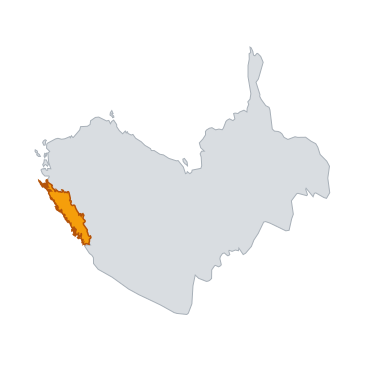 where Uusimaa sits in Finland, rotated 67°
{"feature_id": "FIN-3193", "entity_name": "Uusimaa", "entity_type": "Province", "adm_level": 1, "iso_a3": "FIN", "parent_name": "Finland", "parent_adm1": "", "projection": "robinson", "projection_center": [24.756, 60.321], "detail": "fine", "context": "in_parent", "style": "filled", "palette": "amber", "viewbox_px": 384, "rotation_deg": 67, "n_neighbors": 0, "source": "natural_earth", "source_scale": "10m", "svg_char_len": 9549}
<svg xmlns="http://www.w3.org/2000/svg" viewBox="0 0 384 384"><g transform="rotate(67 192 192)"><path d="M149.7,166.1L147.5,161.3L144.7,157.2L141.6,156.0L140.6,154.4L140.1,151.1L140.6,148.5L144.0,146.0L144.6,142.6L146.5,139.9L145.5,138.2L140.3,133.2L139.6,131.6L139.3,128.9L142.3,126.4L141.5,124.0L136.0,123.0L136.2,121.5L137.7,119.0L137.0,116.9L137.0,112.2L139.8,110.2L136.5,108.5L133.5,105.6L130.8,105.4L129.2,102.3L124.5,99.4L107.8,95.4L97.5,91.0L92.1,87.4L87.0,85.4L86.6,83.5L81.3,82.0L82.4,81.2L86.5,81.1L90.0,81.9L91.2,80.9L89.8,78.1L90.1,77.4L94.0,75.8L100.4,75.8L113.9,86.7L116.0,90.2L128.9,91.4L130.3,92.3L133.8,92.1L141.3,90.4L144.2,88.0L147.0,88.2L165.4,93.5L168.2,92.3L169.9,89.1L171.4,87.6L173.5,86.5L177.7,85.9L181.1,83.2L181.4,75.6L183.0,73.4L186.0,66.0L191.7,62.6L195.9,59.2L200.0,58.7L207.5,59.4L216.3,55.9L222.0,55.4L232.3,61.6L246.5,65.5L250.4,70.7L248.7,72.7L241.2,78.4L241.0,79.9L243.7,82.4L233.1,85.5L233.9,86.3L239.5,86.7L240.2,87.8L234.6,95.0L234.5,96.3L239.0,104.0L252.0,107.4L255.7,110.8L265.2,117.6L264.4,120.8L251.0,132.5L248.0,135.8L247.7,137.8L256.0,147.2L260.4,153.8L265.3,158.6L269.3,166.6L269.6,169.3L262.0,170.8L264.2,172.2L262.4,174.7L262.3,178.3L260.2,180.6L260.7,181.2L264.4,181.7L264.8,183.3L264.5,184.2L260.8,186.0L260.5,187.9L262.6,191.2L264.3,192.4L270.2,193.4L271.0,194.3L271.3,196.7L268.7,199.1L268.7,200.0L271.4,204.3L279.3,207.8L280.3,210.4L280.3,212.2L279.9,213.7L274.1,219.6L269.7,221.5L278.8,227.8L294.9,235.8L302.1,242.7L302.7,244.6L297.9,253.3L296.0,255.6L283.5,265.3L265.7,281.1L256.7,288.2L239.2,298.8L226.5,308.6L219.4,310.6L213.9,308.4L211.1,308.9L208.5,310.4L199.7,312.0L199.3,310.4L201.1,306.1L200.3,306.2L198.8,308.2L198.0,310.5L196.3,311.7L192.6,312.2L189.0,310.3L187.3,310.3L189.1,313.1L189.1,313.9L187.1,313.8L183.1,316.0L182.2,316.0L181.0,314.2L176.7,316.1L172.7,316.5L170.3,318.0L158.4,320.1L155.1,322.7L152.9,322.1L139.6,324.2L134.1,323.6L128.0,327.6L123.4,328.1L128.2,324.0L128.5,322.6L125.9,322.0L124.1,320.6L122.4,317.5L121.4,317.4L119.8,321.2L116.6,322.5L112.7,322.4L112.2,320.8L113.0,319.2L112.4,319.0L113.0,317.8L115.0,317.6L115.5,317.0L115.5,316.3L113.9,315.6L115.5,312.9L108.5,312.3L100.0,309.5L99.0,307.1L94.9,308.8L91.2,307.0L90.6,305.9L89.8,296.9L90.2,294.4L92.5,291.4L93.3,288.3L93.3,282.8L94.5,282.8L93.1,281.0L95.1,280.5L95.4,279.9L91.0,271.1L88.3,269.0L90.6,262.7L90.4,261.2L90.0,259.4L86.8,257.5L85.6,251.8L86.6,248.6L93.2,242.9L93.6,240.6L97.3,240.4L95.7,238.4L95.2,236.0L100.5,235.0L102.5,235.8L107.2,234.9L111.3,233.1L109.8,229.6L111.9,229.5L111.3,228.6L111.4,227.8L113.0,228.1L115.8,225.7L115.9,223.9L120.5,222.9L125.9,219.1L130.7,217.1L135.8,213.3L138.0,213.2L139.1,210.6L144.7,206.8L146.7,203.8L152.0,200.2L157.2,194.2L157.7,192.5L165.6,190.2L172.6,190.8L172.5,189.3L171.4,188.4L174.3,186.8L173.6,184.5L171.9,183.3L173.7,174.6L171.6,172.8L163.5,169.9L160.1,169.6L158.2,167.3L159.2,164.7L154.7,166.7L149.7,166.1ZM105.7,313.5L110.6,313.5L111.8,315.0L109.6,315.9L109.5,317.0L110.6,318.7L108.4,318.7L107.0,316.8L104.6,315.4L105.7,313.5ZM163.6,187.3L160.6,188.2L158.2,187.6L158.1,185.9L162.4,184.8L166.7,186.0L164.5,186.4L163.6,187.3ZM88.9,234.0L88.7,235.5L91.6,234.4L92.7,234.8L92.5,236.1L91.5,235.9L89.1,237.4L87.0,236.1L85.7,234.0L88.9,234.0ZM91.4,308.8L91.1,310.1L88.2,310.2L87.0,308.9L86.5,306.8L87.6,305.9L88.3,307.0L91.4,308.8ZM102.9,314.1L101.3,314.2L99.2,312.8L98.9,312.3L99.8,312.0L99.4,310.4L101.1,311.3L102.0,312.3L101.1,312.5L102.9,314.1ZM99.3,319.4L97.2,320.4L96.4,320.1L96.6,318.5L97.9,317.8L100.0,317.7L99.3,319.4ZM94.9,320.3L93.1,320.6L91.9,319.8L93.7,318.5L95.1,318.6L95.4,319.4L94.9,320.3Z" fill="#d9dde1" stroke="#a8b0b8" stroke-width="1"/><path d="M200.0,307.1L198.2,309.4L198.0,310.3L198.6,311.2L198.3,311.6L197.9,311.9L197.3,311.9L197.1,312.0L197.3,312.5L197.1,312.4L196.9,312.3L196.4,311.9L196.5,312.2L196.4,312.4L195.8,312.5L195.7,312.9L195.6,313.0L195.2,312.8L194.6,311.9L194.4,311.7L193.5,311.0L193.2,311.0L193.1,311.3L193.4,311.7L194.1,312.3L192.1,312.1L191.9,312.1L191.5,312.4L191.3,312.5L191.1,312.3L190.3,311.7L189.3,311.3L188.5,310.6L187.8,310.3L187.1,310.1L186.5,310.0L187.7,310.6L188.3,311.2L188.9,311.4L189.0,311.7L189.1,312.2L189.0,312.3L188.4,312.3L188.5,312.7L188.8,312.9L189.6,313.2L190.2,313.9L190.5,313.9L190.6,314.1L190.6,314.4L190.4,314.7L190.2,314.9L189.2,315.1L189.1,314.5L188.2,313.6L188.4,313.2L188.1,313.2L187.8,313.5L187.6,313.6L187.4,313.5L185.9,312.6L185.4,312.4L184.9,312.3L185.7,312.9L186.1,313.2L186.5,313.4L186.3,314.0L185.8,314.5L185.8,314.9L186.0,315.3L186.6,316.0L186.8,316.6L186.4,316.5L186.1,316.4L185.5,316.0L185.7,315.8L185.3,315.5L184.0,315.3L183.4,314.7L183.0,314.5L182.7,314.7L182.9,315.2L183.6,315.5L185.1,316.0L183.6,316.4L183.6,316.6L183.2,316.7L182.7,316.5L181.0,315.3L180.8,315.1L180.9,314.7L181.0,314.5L181.3,314.3L180.8,314.1L180.8,313.9L182.0,313.9L181.7,313.4L181.2,313.3L179.8,314.0L178.2,314.3L178.2,314.5L178.5,314.6L178.6,314.9L178.6,315.3L178.5,315.7L178.1,315.9L178.0,316.3L177.9,316.5L177.7,316.5L174.7,316.6L174.7,316.2L173.7,315.8L173.8,316.4L173.2,316.5L171.2,316.6L171.0,317.0L170.9,317.2L170.3,316.9L170.3,317.1L171.1,317.5L171.3,317.7L171.1,317.8L170.8,317.8L171.2,318.1L170.8,318.3L169.5,318.5L169.0,318.4L169.1,318.1L168.2,318.4L168.0,318.6L168.4,318.8L168.3,319.0L167.9,319.0L167.6,319.2L167.2,319.1L166.9,318.8L167.2,318.6L167.4,318.2L167.5,317.8L167.4,317.5L166.9,317.4L166.6,317.8L166.1,319.1L165.9,319.3L164.1,319.4L163.7,319.3L163.4,319.0L164.2,318.8L164.2,318.3L163.6,317.9L162.9,318.1L163.3,318.8L162.1,319.4L161.0,319.5L160.1,319.7L160.0,319.8L160.0,320.0L160.0,320.4L159.9,320.5L159.6,320.5L159.5,320.3L159.3,319.7L159.1,319.5L157.8,319.0L157.5,319.0L157.3,319.1L157.6,319.4L157.9,319.6L158.2,319.6L158.4,319.8L158.2,320.1L157.9,320.3L157.3,320.5L157.2,320.9L158.6,320.5L158.3,320.9L157.9,321.2L158.3,321.4L158.3,321.6L156.9,322.3L156.0,323.1L155.6,323.3L155.1,323.5L154.5,323.5L154.7,323.1L155.3,322.2L155.5,322.0L155.1,321.9L154.6,322.3L153.6,323.1L153.5,322.6L153.1,322.8L152.6,323.2L152.3,323.3L152.4,322.9L152.7,322.7L153.0,322.5L153.2,322.3L153.3,322.1L153.3,321.5L153.5,321.2L152.4,321.2L151.9,321.3L151.6,321.6L151.9,321.8L151.0,322.2L150.7,322.2L150.0,322.0L149.4,321.9L149.0,322.1L149.0,322.3L149.5,322.5L149.1,322.7L148.8,322.6L148.1,322.4L147.9,322.4L147.1,322.7L146.8,322.7L146.6,322.5L146.2,323.0L145.8,323.0L145.7,322.7L146.0,322.4L146.0,322.2L145.6,322.2L145.4,322.4L145.0,322.9L144.6,323.1L144.3,323.3L142.9,323.4L141.3,324.5L140.7,324.1L137.2,324.5L136.9,324.3L136.7,324.0L136.5,323.9L136.2,323.9L134.8,324.1L133.9,324.4L133.4,324.5L133.6,324.0L134.6,322.9L134.9,322.7L135.5,322.6L135.8,322.5L135.8,322.3L135.7,322.0L135.6,321.8L135.7,321.5L135.9,321.2L135.1,321.4L134.9,321.5L134.7,321.7L134.6,322.0L134.5,322.3L133.9,322.5L133.7,323.1L133.6,323.4L133.4,323.6L132.9,323.8L132.0,324.8L131.2,325.4L129.2,326.1L128.9,326.5L128.9,327.0L129.1,327.4L129.5,327.5L125.9,328.1L125.6,328.3L124.3,328.1L123.8,328.2L123.4,328.4L122.1,328.6L121.7,328.5L122.1,328.3L122.7,327.7L123.0,327.5L123.9,327.4L126.9,326.4L127.8,326.4L127.6,325.8L127.7,325.6L128.2,325.6L128.9,325.6L129.5,325.4L129.9,325.0L130.5,324.4L130.8,323.8L131.2,323.0L131.3,322.4L131.0,322.6L129.5,324.7L129.0,325.2L128.5,325.2L128.7,324.8L128.5,324.7L128.2,324.6L127.8,324.8L127.8,325.0L127.0,324.9L126.8,325.1L126.7,325.4L126.4,325.2L126.3,324.9L126.6,324.0L126.9,323.7L128.6,323.3L128.9,323.0L129.4,322.3L129.7,322.2L128.6,321.9L126.5,322.2L125.5,322.2L125.0,322.0L124.5,321.8L124.2,321.6L124.0,321.1L124.2,320.8L124.7,320.3L124.9,320.5L125.7,320.8L126.7,320.7L128.4,319.9L130.6,318.3L130.9,318.2L131.2,318.2L131.0,318.5L131.4,318.7L132.7,318.9L133.6,318.8L134.7,318.5L135.8,317.8L136.3,317.7L137.7,317.9L138.0,317.8L138.2,317.4L138.1,317.2L137.8,316.7L136.9,316.2L137.3,316.1L137.6,316.1L137.7,315.8L138.0,315.5L138.9,315.2L139.8,314.5L140.0,313.9L140.2,313.1L140.6,313.0L141.1,312.5L141.3,311.8L141.3,311.4L141.0,311.0L139.3,310.9L139.7,310.3L140.2,310.0L142.5,309.6L142.8,309.3L142.7,308.8L142.6,308.5L142.7,308.1L143.0,308.0L143.4,307.7L143.9,307.0L143.7,306.7L143.4,306.6L143.2,306.3L143.2,306.0L143.5,305.6L144.6,305.5L149.8,306.4L150.7,306.7L151.1,307.0L151.7,307.8L152.2,307.8L152.1,307.4L152.3,307.1L152.9,306.8L154.1,307.0L154.3,307.5L154.5,307.9L155.5,308.2L156.9,308.0L157.7,307.5L157.8,307.2L157.8,306.4L157.9,305.9L158.3,305.4L158.7,305.2L161.7,305.4L165.1,305.1L166.2,304.8L166.8,304.7L167.5,304.8L169.0,305.2L168.9,304.2L169.2,304.0L170.8,303.5L170.6,303.4L169.6,303.2L169.1,303.3L168.3,303.7L168.2,303.6L168.3,303.3L168.6,303.0L169.0,302.6L170.3,302.2L170.1,301.9L169.7,301.6L169.4,301.3L169.3,300.9L171.1,300.6L171.3,300.7L171.5,301.0L171.8,301.3L172.9,302.2L173.4,302.5L173.9,302.6L174.9,302.4L176.3,301.7L177.0,301.7L177.4,302.0L177.8,302.6L178.0,303.3L178.1,304.1L179.1,304.5L179.9,304.5L185.8,303.2L186.3,303.3L186.8,303.8L187.1,303.9L187.7,304.0L188.9,304.0L190.9,304.3L191.9,304.2L192.3,304.1L192.7,303.8L193.0,303.3L192.9,303.2L192.8,302.7L193.2,302.7L193.9,302.7L194.3,302.8L194.6,303.0L195.0,303.6L195.2,304.5L195.6,305.0L197.1,305.5L197.8,306.0L198.3,306.5L198.9,306.9L199.8,307.0L200.0,307.1ZM180.3,316.8L179.6,316.6L179.1,316.2L179.0,315.7L179.4,315.2L179.7,315.3L181.6,316.6L181.4,316.8L180.7,317.0L180.5,317.3L180.6,317.7L179.9,317.4L180.3,316.8ZM143.8,324.0L144.0,324.1L143.9,324.2L143.9,324.4L143.6,324.5L143.4,324.5L142.8,324.7L142.5,324.6L142.4,324.6L142.5,324.3L142.8,324.0L143.3,323.9L143.8,324.0ZM184.4,317.6L184.5,317.4L184.9,317.3L185.7,317.3L185.4,317.7L184.8,317.9L184.5,317.9L184.4,317.6Z" fill="#f59e0b" stroke="#b45309" stroke-width="1.5"/></g></svg>